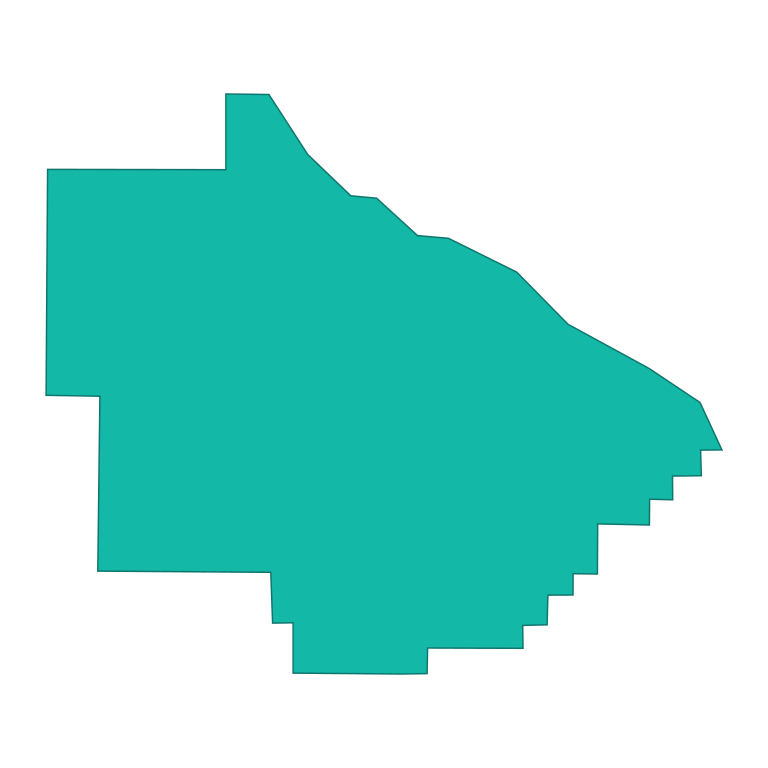 Bacon, Georgia, United States of America (Mercator projection)
{"feature_id": "52423323B99380284594024", "entity_name": "Bacon", "entity_type": "district", "adm_level": 2, "iso_a3": "USA", "parent_name": "United States of America", "parent_adm1": "Georgia", "projection": "mercator", "projection_center": [-82.395, 31.564], "detail": "fine", "context": "isolated", "style": "filled", "palette": "teal", "viewbox_px": 768, "rotation_deg": 0, "n_neighbors": 0, "source": "geoboundaries", "source_scale": "gbopen_adm2", "svg_char_len": 593}
<svg xmlns="http://www.w3.org/2000/svg" viewBox="0 0 768 768"><path d="M97.8,571.1L270.8,572.3L272.6,623.1L293.1,622.8L293.1,673.1L401.1,674.0L427.1,673.6L427.6,648.0L523.0,648.3L522.7,625.4L547.1,624.8L547.9,595.1L573.0,595.0L573.1,573.7L597.4,574.0L597.7,523.9L649.4,525.0L649.6,499.2L672.7,499.8L672.5,476.1L701.3,475.7L700.6,450.1L721.9,449.9L700.0,402.5L649.3,368.6L568.0,324.3L516.8,272.2L448.4,238.3L417.5,235.6L376.6,198.2L350.8,195.8L307.8,154.6L268.9,94.5L225.9,94.0L225.9,169.7L47.6,169.4L46.1,395.3L99.9,396.2L97.8,571.1Z" fill="#14b8a6" stroke="#0f766e" stroke-width="1.5"/></svg>